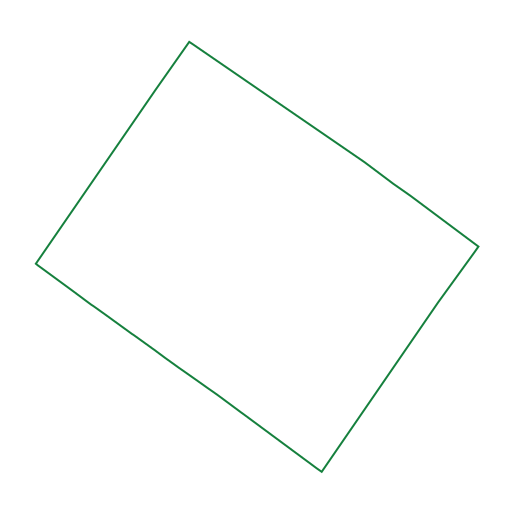 the district of Rock, Wisconsin, United States of America, rotated 35°
{"feature_id": "52423323B35843280156412", "entity_name": "Rock", "entity_type": "district", "adm_level": 2, "iso_a3": "USA", "parent_name": "United States of America", "parent_adm1": "Wisconsin", "projection": "equal_earth", "projection_center": [-89.089, 42.67], "detail": "fine", "context": "isolated", "style": "outline", "palette": "green", "viewbox_px": 512, "rotation_deg": 35, "n_neighbors": 0, "source": "geoboundaries", "source_scale": "gbopen_adm2", "svg_char_len": 592}
<svg xmlns="http://www.w3.org/2000/svg" viewBox="0 0 512 512"><g transform="rotate(35 256 256)"><path d="M291.3,116.9L149.6,118.2L82.1,118.8L78.5,118.9L78.4,177.4L80.1,388.6L82.6,388.8L125.0,389.7L141.9,390.2L149.1,390.4L151.3,390.3L162.6,390.4L163.8,390.4L199.5,391.0L200.6,390.9L224.5,391.2L227.3,391.2L229.4,391.3L240.1,391.6L256.8,391.8L273.8,391.8L291.2,391.9L291.3,391.9L292.5,391.9L303.9,391.9L304.0,391.9L333.6,392.7L335.3,392.7L427.5,395.1L433.6,395.1L431.8,189.5L432.8,127.1L432.8,120.7L348.1,118.1L327.0,118.1L291.3,116.9Z" fill="none" stroke="#15803d" stroke-width="2"/></g></svg>